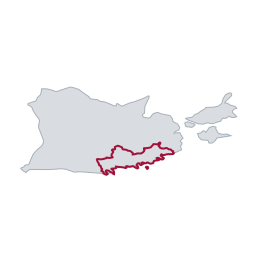 location of Harju within Estonia, rotated 176°
{"feature_id": "EST-1654", "entity_name": "Harju", "entity_type": "County", "adm_level": 1, "iso_a3": "EST", "parent_name": "Estonia", "parent_adm1": "", "projection": "equal_earth", "projection_center": [24.879, 59.328], "detail": "fine", "context": "in_parent", "style": "outline", "palette": "rose", "viewbox_px": 256, "rotation_deg": 176, "n_neighbors": 0, "source": "natural_earth", "source_scale": "10m", "svg_char_len": 5653}
<svg xmlns="http://www.w3.org/2000/svg" viewBox="0 0 256 256"><g transform="rotate(176 128 128)"><path d="M211.6,173.0L210.7,173.1L205.8,172.6L200.3,170.8L197.9,169.5L195.6,169.5L192.8,170.4L182.7,172.9L180.2,172.3L174.3,169.9L171.4,167.2L164.8,162.0L164.3,160.7L163.4,159.7L156.5,158.4L153.9,156.5L151.7,156.2L148.6,155.3L140.5,151.2L138.4,150.8L138.0,151.5L138.1,152.4L137.6,153.0L136.6,153.0L134.7,151.5L132.4,150.1L125.4,152.6L122.9,153.3L120.6,153.5L109.5,156.8L106.1,158.5L104.7,158.4L105.0,156.7L109.7,148.3L110.5,141.7L112.2,140.8L112.7,139.9L112.0,137.8L107.2,136.5L105.3,136.7L103.5,138.9L101.7,140.6L97.5,141.6L93.8,139.8L85.3,137.5L83.2,134.5L82.7,131.4L78.2,128.5L76.4,125.0L77.2,122.6L81.3,121.0L82.5,119.6L77.3,119.8L76.3,119.5L76.1,118.3L73.8,114.0L75.9,112.4L76.8,110.7L75.1,109.4L75.6,107.8L76.9,106.2L76.1,102.6L81.2,100.6L86.2,99.3L96.6,98.6L95.6,95.2L99.9,95.1L107.0,91.1L114.0,91.8L124.2,89.0L143.8,89.1L146.5,87.5L146.0,85.9L146.1,84.2L149.8,84.7L155.9,84.4L179.0,87.7L184.7,87.7L192.6,91.1L196.9,92.0L209.4,92.0L228.8,93.5L232.5,91.2L232.8,90.6L234.7,91.9L237.1,94.0L237.8,95.1L237.0,95.8L234.7,96.4L234.2,97.1L233.2,98.2L230.5,98.3L229.1,99.2L227.5,102.7L224.4,108.5L219.8,113.0L216.1,115.5L214.4,117.3L213.4,119.6L213.2,121.9L217.1,134.4L217.1,136.7L216.3,139.0L215.7,141.4L216.3,143.4L218.8,147.0L221.5,152.2L222.6,155.6L224.3,156.9L226.0,157.8L226.3,158.3L226.3,158.9L225.4,159.6L218.1,161.4L217.1,162.9L216.4,164.6L213.2,167.1L212.2,169.4L211.7,172.0L211.6,173.0ZM45.2,126.6L47.7,127.6L50.0,127.3L52.3,126.6L57.3,127.2L68.8,132.4L69.8,133.7L62.9,134.4L61.3,136.0L59.7,137.1L57.7,137.4L54.4,139.6L49.8,141.8L48.9,143.1L40.8,142.8L36.3,143.6L32.7,146.0L31.1,150.6L28.4,154.3L25.7,155.6L22.9,155.8L22.2,154.4L22.5,153.0L28.5,147.9L29.8,146.3L26.9,145.6L24.5,143.8L19.2,141.7L18.2,140.0L19.5,139.9L20.7,139.4L22.2,138.1L22.9,136.5L18.7,131.8L20.9,131.1L23.6,131.2L26.4,132.6L29.4,131.0L30.7,130.8L32.9,131.3L35.1,128.3L40.2,127.3L42.8,126.3L45.2,126.6ZM56.1,117.9L53.2,120.0L51.5,119.2L50.6,118.2L46.8,122.9L42.7,123.7L40.2,122.8L40.5,121.0L38.2,116.4L34.6,115.1L29.6,115.0L25.9,113.1L40.1,111.8L41.6,109.6L44.5,107.3L46.7,107.1L48.5,107.6L48.8,109.4L49.3,110.1L55.7,111.1L58.1,114.1L59.0,117.7L56.1,117.9ZM70.6,129.6L67.7,130.0L60.8,127.0L62.4,125.0L64.4,124.2L70.2,125.4L71.0,128.5L70.6,129.6Z" fill="#d9dde1" stroke="#a8b0b8" stroke-width="1"/><path d="M83.9,101.1L84.4,101.1L84.8,100.7L84.8,100.3L84.6,99.9L84.1,99.7L84.5,99.1L85.3,98.9L88.4,98.9L89.9,99.1L91.5,99.0L93.3,98.6L95.1,98.5L96.5,99.4L97.2,98.5L96.9,97.7L94.7,95.8L94.4,95.4L94.5,95.0L95.0,94.6L95.4,94.3L96.0,94.2L96.6,94.3L97.5,94.7L99.5,96.0L100.5,96.2L101.5,95.9L101.2,95.2L100.3,94.5L99.4,94.0L100.1,93.7L103.2,93.6L104.4,93.3L104.8,92.8L105.2,91.4L105.4,91.2L107.6,90.8L108.4,90.9L109.1,91.2L110.4,92.1L111.1,92.3L111.7,92.1L112.2,91.7L112.8,91.5L113.4,91.6L115.4,92.5L116.1,92.6L116.7,92.4L116.5,92.0L116.0,91.6L115.3,91.5L115.3,91.2L116.3,91.2L116.6,91.1L116.8,90.7L116.9,90.3L117.2,90.1L117.6,90.1L118.0,90.3L118.6,90.9L119.0,91.7L119.6,92.1L120.6,92.0L121.0,91.8L121.2,91.6L122.0,90.6L122.1,90.4L121.8,89.7L121.5,89.5L121.2,89.3L121.0,89.1L120.8,88.7L120.8,88.4L120.8,88.1L120.7,87.8L120.6,87.5L121.6,87.0L123.0,87.7L125.3,89.5L126.2,89.6L128.9,89.2L129.7,89.3L131.1,89.9L131.8,90.0L132.5,89.8L132.2,88.7L132.7,88.3L133.5,88.3L135.2,89.0L142.6,90.3L142.4,89.4L142.9,88.8L143.7,88.6L146.9,88.6L147.3,88.5L147.3,88.2L147.0,87.9L146.7,87.8L145.7,87.0L145.1,85.4L145.0,83.7L145.2,82.9L145.8,83.2L147.0,84.6L147.6,84.9L148.3,85.1L148.9,85.6L150.0,86.6L150.8,87.0L151.9,87.2L152.9,87.1L153.3,86.3L153.0,85.6L152.5,85.2L152.1,84.6L152.3,83.8L152.1,83.7L151.8,83.6L151.6,83.5L152.5,82.9L153.5,83.1L155.5,84.3L155.2,84.7L155.6,85.2L155.9,86.2L156.4,86.6L157.0,86.8L157.4,86.8L157.5,86.9L157.4,87.9L157.3,88.1L156.7,88.6L156.6,88.8L156.7,89.1L157.0,89.5L157.6,90.1L157.9,91.8L157.9,92.0L158.2,92.3L159.3,92.8L159.4,93.0L159.5,93.3L159.4,93.6L159.5,94.1L159.6,94.5L159.7,94.9L159.9,95.2L160.3,95.7L160.5,96.2L161.2,98.2L161.3,98.5L161.2,98.9L160.6,99.2L157.9,98.7L156.2,98.6L151.6,99.4L151.5,99.9L151.3,99.9L151.0,100.0L150.4,99.9L149.1,99.4L146.6,99.6L145.5,99.7L145.4,99.9L145.5,100.2L145.8,100.5L146.2,101.1L146.4,101.9L146.3,102.4L146.0,103.0L145.4,103.7L144.4,105.2L144.9,106.3L145.1,106.5L145.5,106.7L145.5,107.1L145.3,107.3L145.0,107.6L144.7,107.7L144.1,107.7L143.6,107.6L142.8,107.6L142.4,107.8L142.3,108.2L142.5,109.0L142.3,110.0L139.6,111.0L138.2,110.6L137.1,110.0L136.0,109.5L135.5,109.2L135.3,108.9L135.2,108.6L135.2,108.3L135.1,108.1L135.0,107.8L134.9,107.3L134.3,107.0L133.9,106.8L133.6,106.8L133.4,106.8L132.6,106.8L130.6,106.1L130.1,105.5L127.8,105.0L127.0,104.6L126.8,104.4L126.4,104.1L125.8,103.4L125.2,103.0L125.0,102.7L124.9,102.3L125.1,101.3L123.8,101.3L121.4,101.7L121.0,101.8L120.7,102.0L116.8,101.7L115.6,102.2L115.1,102.6L114.5,102.9L114.2,103.2L113.6,103.8L113.5,104.6L113.0,105.1L113.1,105.3L113.3,105.5L113.6,105.9L113.6,106.1L113.4,106.7L113.0,106.7L110.5,106.6L108.6,106.8L106.7,107.1L106.4,107.4L104.5,109.2L103.8,110.1L101.4,109.9L100.3,109.7L99.5,109.8L99.0,109.9L98.8,110.1L98.6,110.3L98.6,110.5L98.3,110.9L97.3,111.3L96.9,111.1L96.8,110.9L96.8,110.7L96.9,110.3L97.1,110.0L97.3,109.7L98.7,108.4L98.8,108.3L98.8,108.2L98.7,108.0L98.3,107.7L97.9,107.5L97.8,107.1L97.8,106.8L97.8,106.5L97.7,106.3L96.2,105.4L94.5,105.0L92.6,105.1L91.7,105.3L91.3,105.4L90.5,105.2L89.3,104.3L88.9,104.0L88.1,103.8L87.0,103.6L86.6,103.4L86.0,102.5L85.6,102.1L84.5,101.7L84.0,101.1L83.9,101.1ZM111.7,85.9L112.2,86.5L112.9,87.6L112.6,88.0L111.7,88.1L110.8,87.5L110.7,86.7L111.2,86.0L111.7,85.9Z" fill="none" stroke="#9f1239" stroke-width="2"/></g></svg>